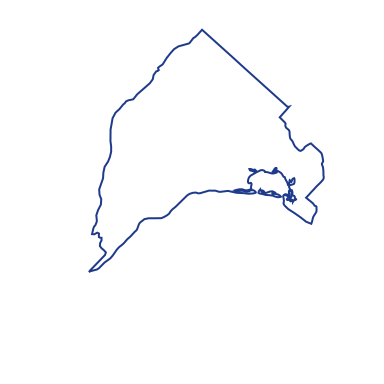 outline of Campeche, rotated 222°
{"feature_id": "MEX-2722", "entity_name": "Campeche", "entity_type": "State", "adm_level": 1, "iso_a3": "MEX", "parent_name": "Mexico", "parent_adm1": "", "projection": "equal_earth", "projection_center": [-91.225, 19.313], "detail": "fine", "context": "isolated", "style": "outline", "palette": "blue", "viewbox_px": 384, "rotation_deg": 222, "n_neighbors": 0, "source": "natural_earth", "source_scale": "10m", "svg_char_len": 5305}
<svg xmlns="http://www.w3.org/2000/svg" viewBox="0 0 384 384"><g transform="rotate(222 192 192)"><path d="M294.0,307.6L293.5,308.5L293.1,311.9L293.1,319.3L279.2,319.3L265.2,319.3L251.2,319.3L237.3,319.2L223.3,319.2L209.4,319.2L195.4,319.2L181.4,319.2L178.7,319.2L177.4,319.6L176.9,320.4L176.8,316.2L176.8,312.0L176.8,307.8L176.8,306.2L173.0,306.0L171.2,305.9L169.3,305.8L168.4,305.5L167.9,305.0L167.5,304.3L166.7,303.5L165.6,302.9L164.4,302.7L163.1,302.8L161.8,302.9L160.7,302.6L159.5,301.7L158.3,300.5L157.3,299.5L156.2,298.5L155.2,297.8L154.1,297.3L152.7,297.2L151.5,297.0L150.4,296.6L149.4,296.1L148.2,295.6L147.4,295.3L146.7,295.0L146.0,294.8L145.2,294.7L143.8,294.7L141.9,294.5L140.2,294.6L138.9,295.1L138.7,295.5L138.4,296.3L138.2,297.2L138.0,297.7L137.9,298.7L138.0,299.6L138.2,300.5L138.2,301.2L137.9,302.7L137.3,304.8L136.6,306.8L136.1,307.7L133.0,307.6L129.9,307.6L126.8,307.6L123.7,307.6L121.7,307.4L119.7,306.3L117.8,304.8L116.0,303.4L115.0,302.5L114.7,301.2L114.4,299.9L113.2,299.0L112.2,298.6L111.4,298.1L110.6,297.5L109.8,296.8L108.3,295.4L106.9,293.9L105.4,292.3L103.8,291.0L102.9,289.1L102.8,285.8L103.0,282.2L103.2,279.7L103.2,275.8L103.3,271.9L103.3,268.0L103.4,264.1L100.5,264.2L97.5,264.4L94.5,264.5L91.7,263.9L91.1,264.0L90.6,264.3L90.2,264.5L89.5,264.2L89.0,263.7L88.5,263.1L88.0,262.6L87.5,262.1L86.4,260.6L85.9,258.5L85.6,256.3L85.1,254.3L84.4,252.9L83.5,251.3L82.7,249.7L82.1,248.2L87.2,246.3L94.3,245.8L101.0,245.0L109.1,243.7L114.2,243.9L116.2,244.6L117.9,247.1L121.3,249.9L121.7,250.5L121.7,251.5L121.3,252.5L120.7,253.2L119.9,253.4L120.2,252.8L120.4,252.2L119.7,252.6L118.9,252.8L117.2,252.8L116.5,252.5L116.6,251.6L116.8,250.6L116.5,249.9L116.0,249.8L115.6,250.0L114.4,251.3L114.1,251.4L113.8,251.2L113.2,251.0L112.3,251.2L112.1,251.7L112.5,252.1L113.5,252.2L113.5,252.8L112.6,253.2L111.8,253.2L111.1,252.9L110.4,252.2L110.5,252.7L110.5,253.1L110.6,253.5L110.9,254.0L110.3,254.5L109.9,255.2L109.7,255.9L109.5,256.9L109.8,256.5L110.9,255.7L112.0,256.9L112.6,257.3L113.4,257.5L114.8,257.0L115.7,256.8L116.1,257.2L116.5,258.3L117.5,259.3L118.8,260.0L119.9,260.4L118.2,258.7L116.5,257.3L115.1,255.5L114.7,252.8L116.0,253.7L116.7,254.4L117.5,254.7L119.1,254.0L118.2,255.7L119.1,256.1L119.9,256.7L120.6,257.6L120.8,258.7L119.9,258.1L119.9,258.4L119.9,258.6L119.5,258.7L120.7,259.6L123.2,260.6L123.9,261.6L123.7,262.8L122.1,265.2L121.7,266.5L122.2,267.6L123.4,269.1L124.6,270.3L125.4,270.6L126.0,269.2L125.7,268.0L125.1,266.7L124.7,265.1L125.2,265.8L125.9,266.2L126.6,266.3L127.3,266.2L126.7,265.1L125.8,264.0L125.2,262.9L125.6,261.6L127.3,262.7L131.1,264.0L133.0,265.1L134.2,264.6L137.1,265.5L138.7,265.7L141.7,265.2L143.2,264.7L144.3,263.9L144.4,265.1L144.8,266.0L145.4,266.3L146.0,265.7L146.1,264.7L145.7,262.2L145.6,261.0L145.2,261.0L145.1,261.5L144.8,262.1L144.7,262.7L144.0,262.8L142.4,263.8L142.1,263.3L142.4,262.5L143.8,260.4L144.3,259.8L145.8,258.8L149.4,257.1L151.2,255.7L152.2,256.2L153.3,255.9L154.4,255.3L155.2,254.6L155.7,253.7L156.8,251.0L157.1,250.5L159.3,250.7L160.3,250.7L160.8,250.2L161.3,249.3L163.8,248.4L164.7,247.5L163.6,246.9L162.8,247.1L161.2,248.1L158.2,249.2L157.3,249.9L159.4,243.4L159.4,240.8L158.2,238.2L157.1,236.9L156.6,236.6L155.8,236.5L155.2,236.8L154.9,237.3L154.7,237.9L154.3,238.2L153.0,237.8L151.2,234.7L150.0,234.1L150.8,232.1L152.1,230.2L153.6,228.9L156.5,227.6L158.5,225.8L160.2,223.6L161.2,221.9L159.7,222.3L155.6,226.5L151.5,229.2L149.8,231.0L150.0,233.0L149.4,233.4L149.1,233.0L147.6,234.3L146.8,234.6L145.6,234.7L144.4,234.5L144.2,233.9L145.7,231.7L148.9,228.5L153.0,225.6L158.4,221.2L166.0,216.9L171.2,210.9L172.5,210.0L175.4,208.7L180.3,204.4L185.3,196.3L186.6,195.1L188.7,194.2L190.8,192.0L192.5,189.1L193.3,186.3L194.3,169.9L194.9,166.3L195.0,164.5L194.9,162.7L194.6,161.3L194.6,159.9L195.0,157.9L196.2,154.3L197.4,151.9L201.1,148.5L206.7,143.4L209.2,140.0L209.8,136.4L210.1,135.3L210.1,133.7L209.8,132.3L207.9,127.7L207.7,126.7L207.7,125.9L207.9,124.2L208.0,117.7L208.5,113.5L208.4,108.8L208.5,106.9L209.3,102.2L209.3,98.8L208.4,91.8L208.3,88.1L209.8,81.0L210.2,72.8L210.9,70.6L214.4,65.3L215.1,63.6L215.2,66.1L214.5,87.0L215.6,89.5L218.6,89.8L221.7,89.7L224.3,90.2L226.1,92.6L226.9,95.6L228.6,97.4L229.7,96.6L231.0,96.2L232.2,97.4L233.3,98.9L235.2,98.4L236.3,95.2L238.1,93.8L240.6,98.3L241.6,100.6L241.6,102.6L242.8,106.0L243.8,107.3L247.5,110.6L249.7,115.7L251.3,121.7L254.6,125.9L258.9,128.1L262.7,131.8L267.3,142.7L270.9,147.2L273.8,152.3L274.7,158.3L276.4,163.0L279.0,167.8L282.5,171.7L286.6,175.2L294.2,183.8L300.4,193.7L301.9,199.8L301.4,205.0L301.7,211.3L301.4,212.5L301.6,215.4L300.6,217.6L297.7,221.6L298.1,227.9L296.1,244.6L296.6,249.6L298.8,253.2L299.3,257.7L298.5,258.9L298.3,260.4L299.3,260.8L300.3,261.5L300.1,263.5L299.6,265.4L299.2,267.2L300.5,274.8L300.9,280.8L300.9,286.2L299.5,291.2L294.2,299.5L293.5,300.8L294.0,307.6ZM138.2,237.7L141.0,236.0L142.1,235.9L142.5,236.6L142.8,237.3L143.0,238.1L143.0,239.4L142.7,239.1L142.5,238.8L141.2,240.0L140.4,240.4L139.5,240.5L139.8,239.9L140.2,239.4L140.7,239.1L141.3,238.8L140.0,238.9L137.9,240.1L136.9,240.0L134.4,244.5L132.6,246.4L130.4,247.0L131.7,244.0L128.4,246.6L126.4,247.7L124.5,248.1L123.3,248.1L122.8,248.0L123.1,247.4L124.1,246.1L124.8,245.5L127.6,244.0L129.3,243.5L132.8,241.1L135.3,239.1L138.2,237.7Z" fill="none" stroke="#1e3a8a" stroke-width="2"/></g></svg>